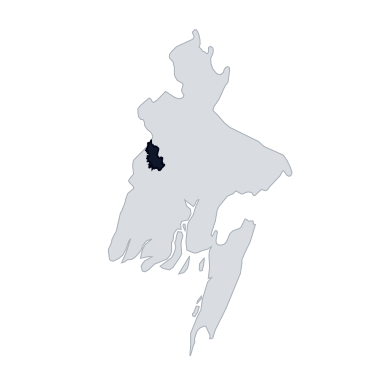 Kushtia, Khulna, Bangladesh shown in context, rotated 28°
{"feature_id": "16705992B21124734124900", "entity_name": "Kushtia", "entity_type": "district", "adm_level": 2, "iso_a3": "BGD", "parent_name": "Bangladesh", "parent_adm1": "Khulna", "projection": "equal_earth", "projection_center": [89.019, 23.943], "detail": "fine", "context": "in_parent", "style": "filled", "palette": "ink", "viewbox_px": 384, "rotation_deg": 28, "n_neighbors": 0, "source": "geoboundaries", "source_scale": "gbopen_adm2", "svg_char_len": 8328}
<svg xmlns="http://www.w3.org/2000/svg" viewBox="0 0 384 384"><g transform="rotate(28 192 192)"><path d="M143.6,271.2L143.5,262.0L138.6,243.9L138.9,242.0L137.9,233.3L136.6,228.5L136.0,223.4L138.9,216.0L137.8,214.8L131.3,212.6L130.5,210.7L131.9,203.4L127.2,196.6L125.4,191.5L130.4,175.0L131.7,163.5L131.3,161.3L128.2,158.8L122.9,157.7L119.1,155.6L116.9,152.4L115.0,151.1L112.7,152.0L109.7,150.8L107.2,147.6L105.1,143.7L106.0,139.4L109.9,129.3L111.4,129.0L114.7,131.0L116.0,131.0L118.2,127.0L121.4,115.6L132.2,116.6L134.8,116.3L137.5,115.3L139.0,113.9L139.8,112.1L139.5,110.5L136.2,108.4L134.9,106.8L134.0,102.3L133.0,100.6L126.5,100.3L123.1,98.3L121.2,96.4L117.9,90.2L113.8,85.7L109.9,84.6L108.4,83.1L107.6,80.8L108.1,77.4L110.1,70.9L120.9,56.8L121.1,55.3L120.7,53.5L117.6,51.2L117.4,50.1L118.3,47.2L120.1,46.8L123.8,49.5L127.5,53.8L129.8,57.7L129.9,60.7L132.8,61.3L135.2,62.7L137.8,62.3L139.4,63.0L140.5,62.7L140.9,61.0L138.8,56.6L139.9,54.7L142.3,54.8L144.1,56.5L145.4,59.9L145.7,65.2L148.6,69.9L152.4,73.3L155.4,74.9L159.0,76.0L162.1,74.9L163.6,71.6L162.9,68.6L163.4,66.0L164.6,64.5L166.5,64.6L168.0,66.7L172.2,78.1L171.4,83.2L172.3,97.1L171.3,106.3L172.0,109.8L172.7,110.4L179.0,112.2L188.3,115.8L195.3,117.2L227.1,116.2L234.1,118.0L255.3,116.6L261.1,119.5L267.5,124.3L271.1,127.8L271.7,129.9L271.3,131.6L270.2,132.6L268.0,132.6L263.0,130.3L262.1,131.0L262.1,136.5L258.2,150.4L257.6,154.7L256.2,156.4L252.0,157.2L249.3,165.3L248.1,166.3L245.4,164.6L243.7,164.8L241.5,165.6L239.4,167.5L237.9,169.8L236.2,170.6L230.2,170.4L229.1,174.2L225.2,179.1L222.6,192.2L222.8,196.2L226.2,206.6L228.6,220.1L229.5,221.5L230.6,221.6L230.6,215.4L231.7,214.6L233.1,215.3L236.0,223.7L237.6,225.8L240.1,226.4L242.9,225.1L245.0,222.7L245.8,220.0L245.0,210.9L246.3,207.2L251.1,201.7L251.8,200.0L251.5,190.9L253.3,190.6L255.7,191.3L258.8,189.1L259.8,189.1L261.1,191.4L263.3,191.0L266.8,209.1L267.2,221.9L268.0,229.0L269.2,230.6L273.0,241.3L276.7,278.9L277.3,302.8L278.9,311.0L277.7,312.8L276.5,313.2L275.4,310.3L267.4,304.2L265.5,304.8L262.8,308.4L261.8,311.7L262.3,316.3L263.2,320.8L265.1,323.4L265.2,326.3L267.4,337.1L266.8,337.2L262.5,327.3L257.2,317.7L255.3,300.4L255.2,291.8L251.5,281.8L248.1,264.3L249.5,258.2L247.0,260.8L243.0,250.4L236.8,240.1L235.0,235.6L234.9,231.2L232.2,235.6L228.7,238.7L225.0,243.4L222.6,244.9L214.8,245.7L210.3,239.4L203.9,224.1L203.0,220.6L203.8,211.6L202.2,203.1L201.8,195.6L200.6,196.3L200.2,198.4L200.5,201.5L200.0,204.2L189.2,202.4L193.9,206.9L198.8,208.0L201.4,212.0L201.5,218.6L196.7,222.7L197.2,226.1L200.0,230.2L196.6,231.3L195.7,234.1L195.6,237.9L198.0,243.8L197.6,246.1L201.7,253.8L202.5,257.6L201.5,262.8L192.7,273.4L190.2,281.0L188.0,284.5L185.3,285.1L182.0,281.6L182.0,277.9L182.6,275.0L187.2,268.0L184.7,268.9L177.6,274.7L176.2,270.0L175.3,265.6L175.3,260.3L178.7,252.3L174.8,256.3L173.8,261.3L174.3,267.1L173.8,271.3L172.2,276.7L170.2,280.0L166.8,282.1L165.3,285.3L163.1,287.6L162.3,276.7L159.8,261.9L159.3,265.1L160.6,274.3L160.5,280.2L158.7,284.9L155.0,290.0L152.1,290.7L150.5,289.9L145.2,282.3L144.7,275.1L143.6,271.2ZM208.6,271.4L202.1,273.1L198.7,272.6L204.9,259.3L204.7,253.4L203.7,248.6L200.5,244.7L200.3,241.9L198.9,238.1L198.1,233.7L201.6,232.3L204.5,234.8L205.5,239.8L207.0,243.6L211.9,251.4L211.9,256.1L210.6,267.8L208.6,271.4ZM222.7,267.0L218.7,270.6L219.9,249.6L222.9,257.4L223.7,261.6L222.7,267.0ZM237.9,256.6L236.2,258.0L234.5,256.7L232.4,251.8L233.4,245.6L234.0,244.7L236.6,251.1L237.9,256.6ZM253.0,300.8L250.7,301.0L249.6,299.5L250.1,297.4L249.4,290.6L252.3,289.9L253.4,295.6L253.0,300.8ZM250.3,281.8L248.7,288.5L248.0,285.5L249.1,279.6L250.3,281.8ZM203.3,227.3L204.0,229.4L200.3,226.6L199.4,224.6L201.0,223.6L203.3,227.3Z" fill="#d9dde1" stroke="#a8b0b8" stroke-width="1"/><path d="M142.3,189.7L142.3,190.1L142.6,190.4L142.8,190.6L143.0,190.6L143.2,190.2L143.6,189.4L143.3,189.2L143.1,189.1L143.3,188.8L143.7,189.1L143.9,189.2L144.1,189.1L144.5,188.8L144.4,188.7L144.0,188.5L143.9,187.8L143.6,187.5L143.6,187.3L143.6,187.1L143.7,186.9L143.9,186.6L144.1,186.6L144.3,186.7L144.3,186.9L144.2,187.2L144.2,187.4L144.3,187.4L144.7,187.3L144.8,187.5L144.7,187.8L144.8,188.0L145.2,188.1L145.2,188.5L145.3,188.8L145.6,188.8L145.7,188.5L145.8,188.4L146.0,188.5L146.1,188.9L145.9,189.4L145.8,189.7L145.9,190.2L146.1,190.5L146.1,190.4L146.3,190.0L146.2,189.5L146.2,189.4L146.4,189.3L146.5,189.3L146.4,189.2L146.8,189.1L146.9,188.9L147.1,189.0L147.6,189.1L147.6,188.6L147.6,188.4L147.9,188.3L147.9,188.2L148.1,188.1L148.2,187.9L148.3,187.8L148.4,187.7L148.4,187.8L148.5,187.7L148.5,187.8L148.8,187.9L149.0,188.0L149.1,187.9L149.4,187.5L149.6,187.5L149.6,187.3L149.7,187.2L150.0,187.1L150.3,187.3L150.5,187.1L150.8,186.9L151.0,187.0L151.3,187.4L151.6,188.0L151.8,188.1L152.0,188.1L152.3,188.4L152.8,188.4L152.9,188.2L153.0,188.1L153.1,187.9L153.3,187.8L153.5,187.8L153.5,187.5L153.7,187.1L153.7,186.9L153.4,186.8L153.3,186.7L153.3,186.4L153.6,186.4L153.9,186.3L154.0,186.2L153.9,186.1L154.0,186.0L154.0,185.6L153.9,185.6L153.9,185.4L154.0,185.4L154.0,185.0L154.1,184.7L154.2,184.2L154.3,183.9L154.2,183.9L154.2,183.7L154.3,183.6L154.4,183.4L154.5,183.4L154.6,183.2L154.8,183.1L154.8,182.7L154.8,182.1L155.0,181.9L155.0,181.7L155.0,181.4L155.1,181.2L154.9,180.8L154.9,181.0L154.7,180.8L154.6,180.7L154.3,181.0L154.0,181.2L153.3,181.4L153.2,181.3L153.0,181.0L153.0,180.7L152.7,180.6L152.5,180.4L152.3,180.3L152.2,179.9L151.9,179.9L151.9,180.1L151.7,181.0L151.8,181.3L151.7,181.3L151.5,181.2L151.4,181.0L151.3,180.9L151.3,180.1L151.5,179.6L151.4,179.6L151.3,179.4L151.2,179.4L151.2,179.2L151.0,178.4L150.9,178.4L150.7,178.2L150.5,177.9L150.4,177.3L150.5,176.7L150.2,176.3L149.9,176.5L149.7,176.5L149.7,175.9L149.7,175.7L149.4,175.7L149.1,175.8L148.6,175.7L148.3,175.8L148.2,176.2L148.3,176.3L148.4,176.5L148.3,176.8L148.4,177.0L148.2,177.2L148.1,177.4L148.0,177.6L147.7,177.6L147.2,177.6L147.0,177.4L146.9,177.5L146.7,177.4L146.6,177.2L146.4,177.0L145.8,177.2L145.6,177.1L145.3,177.1L145.2,176.9L145.2,176.5L145.0,176.4L144.7,176.4L144.4,176.2L144.0,175.8L144.0,175.5L143.4,174.1L142.8,171.5L142.8,171.2L142.7,170.9L142.6,170.5L142.3,169.9L142.2,169.5L141.9,169.2L141.6,169.1L141.2,169.0L139.8,168.8L139.5,168.6L139.4,168.5L138.6,169.2L138.6,168.9L138.7,168.7L138.3,168.8L138.2,169.0L138.3,169.0L138.3,169.4L138.1,169.5L137.3,170.0L136.9,170.1L137.3,169.8L137.2,169.3L136.8,169.6L136.6,169.6L135.8,168.8L135.6,168.9L135.5,169.0L134.8,169.0L134.4,168.9L133.7,168.4L133.2,167.9L133.0,167.6L132.7,167.2L132.2,166.3L131.8,165.4L131.7,165.4L131.6,166.2L131.6,166.5L131.9,166.9L132.0,167.6L130.7,169.1L130.4,169.0L130.1,169.5L130.3,169.6L130.4,169.9L130.4,170.4L130.5,170.4L131.0,169.9L131.3,169.9L131.4,170.1L131.5,170.6L131.3,171.1L131.3,171.7L131.3,171.8L131.5,171.9L131.8,172.0L131.5,172.2L131.4,172.3L131.4,172.5L131.5,172.6L131.9,172.8L131.8,173.2L131.7,173.2L132.0,173.3L131.7,174.1L131.7,174.3L131.6,174.5L131.5,174.9L131.5,175.2L131.5,175.3L131.8,175.3L132.0,174.9L132.4,174.8L132.5,174.8L132.7,175.3L133.0,175.9L133.0,176.0L132.9,176.1L132.3,175.9L131.9,175.9L131.8,176.1L131.7,176.2L131.8,176.6L131.7,176.9L131.7,177.0L132.0,177.0L132.2,176.8L132.5,176.7L132.8,176.7L132.9,176.8L132.9,177.2L133.0,177.4L133.2,177.7L133.3,177.7L133.4,177.0L133.5,176.6L133.8,176.3L134.2,176.3L134.3,176.4L134.4,176.6L134.5,176.8L134.5,177.2L134.5,177.7L134.7,178.7L134.8,178.7L135.2,178.2L135.4,178.2L135.7,178.2L135.9,178.3L136.2,178.6L136.4,178.9L136.7,179.3L136.9,179.7L137.0,180.1L137.0,180.4L136.9,180.5L136.5,181.0L136.3,181.0L135.9,180.9L135.7,180.9L135.6,181.0L135.9,181.5L136.1,181.6L136.3,181.6L136.5,181.3L136.8,181.2L137.2,181.2L137.3,181.4L137.2,181.8L136.9,182.2L136.7,182.3L136.5,182.5L136.4,183.3L136.3,183.5L136.5,183.7L136.9,183.5L137.1,183.5L137.5,183.7L137.6,183.8L137.8,183.7L138.0,183.2L138.2,183.3L138.3,183.7L138.5,183.8L138.6,184.0L138.7,184.3L138.4,185.1L138.3,185.8L138.2,185.9L138.3,186.0L138.6,185.9L138.9,185.7L139.0,185.6L139.1,185.3L139.3,185.3L139.3,185.0L139.7,185.1L139.9,184.8L140.0,184.7L140.4,184.8L140.7,185.1L140.7,185.3L140.7,185.5L140.8,185.7L141.0,185.7L141.1,185.8L141.4,185.9L141.6,186.1L141.7,185.8L141.8,185.8L141.8,186.1L141.8,186.3L141.7,186.3L141.6,186.6L141.4,187.3L141.3,187.5L141.2,187.6L141.3,187.6L141.5,187.6L141.8,187.7L141.9,187.8L141.9,188.0L142.0,188.2L142.0,188.3L141.9,189.0L142.3,189.7Z" fill="#0f172a" stroke="#020617" stroke-width="1.5"/></g></svg>